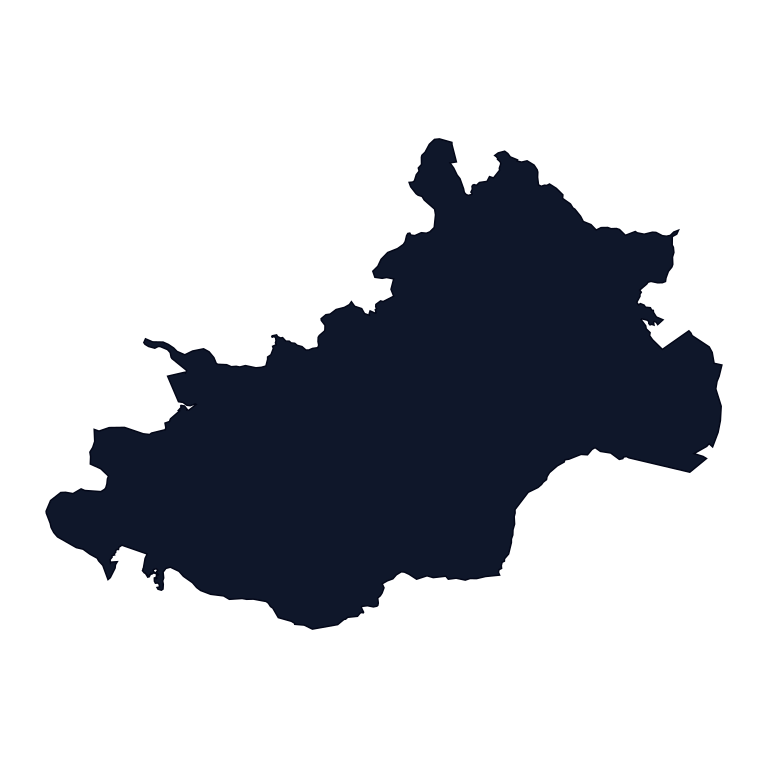 Aschileu, Cluj, Romania
{"feature_id": "2599482B95199395235203", "entity_name": "Aschileu", "entity_type": "district", "adm_level": 2, "iso_a3": "ROU", "parent_name": "Romania", "parent_adm1": "Cluj", "projection": "albers", "projection_center": [23.469, 46.985], "detail": "fine", "context": "isolated", "style": "filled", "palette": "ink", "viewbox_px": 768, "rotation_deg": 0, "n_neighbors": 0, "source": "geoboundaries", "source_scale": "gbopen_adm2", "svg_char_len": 6108}
<svg xmlns="http://www.w3.org/2000/svg" viewBox="0 0 768 768"><path d="M499.6,575.1L498.4,572.2L499.0,569.7L501.6,568.4L501.3,565.6L502.1,562.3L504.4,561.2L504.5,558.8L508.6,554.0L511.4,542.5L511.4,539.0L512.8,535.0L513.0,529.7L514.6,524.1L514.2,516.6L515.1,513.1L515.0,509.6L528.2,492.3L538.0,487.5L541.6,484.4L543.1,482.3L546.5,479.6L547.0,476.7L549.5,472.6L557.4,465.8L564.2,462.0L564.7,460.2L565.4,459.7L568.9,459.2L581.0,454.4L587.5,454.8L592.0,449.4L595.1,447.6L600.4,451.4L610.7,453.0L619.3,459.4L622.8,458.6L623.5,457.1L626.4,456.5L628.9,457.8L689.8,472.2L706.5,458.5L703.0,456.4L694.0,453.6L706.7,446.4L709.1,443.7L712.6,446.9L718.1,432.3L720.4,420.6L721.2,406.2L715.8,388.9L717.0,381.5L719.1,376.3L721.9,365.0L714.1,363.3L712.2,352.4L709.2,346.9L692.1,335.6L690.9,333.0L688.9,330.8L662.4,349.4L652.6,339.8L649.6,335.6L650.1,332.6L646.2,328.8L645.7,325.8L641.1,319.6L641.7,318.8L647.0,320.1L648.7,321.4L648.8,323.5L650.0,324.9L651.7,324.3L654.0,325.1L653.5,322.2L654.3,321.4L656.3,322.3L657.7,324.6L663.0,319.8L656.4,317.0L653.5,312.4L653.3,310.4L651.6,310.1L650.4,307.7L645.5,307.2L644.1,305.1L640.4,303.6L638.5,304.9L636.8,302.3L640.0,296.3L639.9,294.4L641.3,292.2L639.7,290.1L646.8,284.0L648.0,282.2L651.0,281.4L657.6,282.8L662.4,282.7L665.5,281.5L666.0,278.0L668.4,271.4L671.9,267.0L672.8,264.4L672.5,257.1L673.9,252.5L673.4,247.3L672.2,245.0L672.3,236.6L676.7,234.2L678.5,230.2L673.8,232.0L670.3,235.4L666.5,236.2L662.4,235.7L656.0,232.4L652.4,232.2L644.2,234.2L637.2,232.8L635.3,231.5L625.4,235.3L619.5,229.5L616.4,228.5L611.0,228.7L607.8,227.5L601.1,227.6L596.2,230.0L591.0,224.6L583.3,221.5L580.6,216.3L574.9,209.2L572.9,207.9L570.5,204.0L562.6,198.4L562.9,194.8L556.3,188.3L549.5,184.0L546.9,185.4L544.4,185.2L541.2,186.3L538.5,184.8L537.6,177.2L537.8,172.1L537.2,169.8L534.1,165.1L527.1,160.8L521.6,162.1L517.2,161.1L517.6,159.9L510.3,156.9L507.8,153.5L504.7,151.2L498.2,152.9L494.7,155.5L496.4,156.7L497.9,158.7L497.5,159.3L500.1,161.7L500.8,163.7L499.3,168.2L499.6,170.2L493.5,177.9L489.5,176.6L487.0,181.4L479.4,182.5L476.5,185.3L474.1,184.6L472.8,185.1L472.0,186.3L472.3,189.2L470.9,192.1L472.0,193.5L471.9,194.4L468.2,195.4L465.9,194.3L464.3,192.4L463.6,188.8L460.0,178.7L457.1,175.0L453.7,168.0L450.0,162.9L456.4,161.9L452.0,144.7L451.9,142.4L439.5,138.9L434.5,139.4L429.3,144.3L425.1,152.2L421.9,155.3L421.4,157.2L421.5,164.5L418.3,168.0L419.1,171.1L416.3,174.7L414.4,180.9L412.6,182.1L409.1,182.4L410.7,186.8L416.1,193.7L418.1,195.2L422.0,196.4L424.3,200.1L434.6,209.1L435.5,214.8L434.2,227.5L429.9,231.8L426.4,233.2L421.3,232.7L414.8,235.6L410.9,235.1L409.8,233.1L407.8,233.5L406.6,235.6L405.2,241.5L403.4,244.4L397.5,248.6L387.7,252.5L381.1,259.3L377.8,266.3L372.8,271.2L374.9,277.3L382.2,278.3L386.6,277.5L393.7,278.9L391.0,289.3L393.7,296.2L383.1,301.6L380.6,300.9L375.9,304.4L375.7,306.8L376.7,308.7L375.3,309.6L376.0,312.8L375.0,313.1L370.1,310.9L369.2,313.6L369.4,315.3L364.5,313.6L361.7,308.6L354.7,306.3L351.4,301.7L349.4,304.6L344.4,307.4L336.1,309.5L330.1,314.1L325.9,314.7L321.1,318.7L321.3,320.4L325.0,325.3L324.9,329.6L324.5,331.0L319.3,335.5L318.2,337.3L318.0,341.6L318.7,345.2L317.7,347.7L312.6,348.4L308.8,350.0L305.9,350.0L302.0,346.6L297.2,345.3L294.8,343.3L291.1,342.9L289.3,341.2L285.8,341.1L282.6,337.6L280.6,338.0L277.6,336.6L276.6,334.9L272.2,335.8L271.8,336.5L272.2,337.2L274.2,336.5L275.6,337.8L276.0,340.9L275.4,342.8L276.2,344.7L272.6,346.3L273.3,348.5L270.9,354.8L267.6,357.0L267.6,359.4L265.9,366.0L261.4,367.3L255.9,367.8L245.4,365.6L239.8,367.0L236.2,366.3L231.3,366.7L226.7,364.7L217.7,364.3L216.2,363.3L213.9,357.6L209.1,351.8L203.6,348.8L192.6,351.0L184.8,354.8L177.0,351.4L173.7,348.0L168.3,344.4L163.1,342.1L152.7,341.9L145.5,338.8L143.8,342.6L145.0,344.3L148.6,346.5L154.8,348.2L158.1,346.5L160.1,346.5L167.5,349.6L170.2,352.6L171.1,357.2L172.0,358.6L186.7,370.5L185.4,373.1L184.5,372.3L167.6,376.2L178.5,401.7L183.0,402.4L186.9,405.3L190.3,405.7L195.4,403.8L196.3,404.4L188.7,410.3L186.1,409.9L187.3,409.6L184.5,406.0L181.1,405.4L180.7,405.9L181.2,407.3L178.3,410.5L179.5,411.0L170.5,418.8L169.5,421.5L165.0,423.1L165.8,427.5L165.3,429.7L151.4,433.1L149.7,434.5L143.3,433.8L124.5,427.4L109.2,427.6L99.0,431.1L94.2,429.4L94.7,441.4L92.7,447.5L89.9,452.1L90.6,456.6L90.3,464.0L100.7,468.7L108.5,476.1L107.4,478.9L106.9,483.9L105.8,487.7L104.6,489.3L100.9,491.6L84.8,490.5L81.1,488.9L73.0,493.6L65.6,492.3L60.8,492.5L50.6,500.5L46.1,511.2L46.3,513.2L50.2,523.3L51.1,527.5L53.8,532.6L57.5,536.9L76.3,547.6L83.1,549.2L89.8,554.1L97.2,558.2L98.6,560.8L102.8,565.4L108.0,579.6L110.3,577.6L115.1,568.1L115.5,564.7L117.3,561.7L111.4,562.1L110.5,563.1L110.1,559.6L112.1,557.2L111.9,555.7L114.6,554.9L114.1,553.9L115.7,552.3L115.7,550.5L117.1,549.4L118.5,549.5L118.8,547.3L121.9,545.2L147.2,554.0L145.1,558.3L143.4,568.1L142.8,569.2L143.1,570.1L142.5,570.7L144.4,573.0L145.0,572.7L148.1,577.7L147.8,575.5L149.1,576.7L149.9,575.6L149.7,574.7L151.0,574.3L151.1,573.4L152.1,573.9L153.8,572.8L155.4,573.5L155.5,572.8L153.4,571.5L153.3,569.6L156.2,568.7L157.6,569.9L157.8,570.7L156.6,571.4L156.5,572.4L158.0,574.1L156.7,574.1L157.4,575.1L156.6,575.0L156.2,576.5L156.9,578.2L156.2,578.7L155.1,577.7L154.3,578.0L154.4,581.2L155.4,583.2L157.9,583.0L159.2,584.4L159.5,587.0L157.0,587.5L158.0,589.2L161.4,590.2L163.0,589.1L163.3,584.3L162.7,580.9L163.7,578.0L163.1,572.1L165.9,568.4L170.4,567.2L179.0,571.3L183.4,576.3L192.5,582.7L196.6,587.5L200.6,590.5L210.6,594.3L223.6,595.9L229.3,599.3L242.1,598.5L246.7,599.3L253.3,599.1L266.2,601.5L268.4,603.2L270.5,606.5L272.8,608.1L278.3,617.6L291.4,621.3L294.6,623.3L294.7,624.3L304.2,625.1L312.4,629.1L337.7,624.6L344.0,619.4L345.6,619.2L347.7,617.3L357.5,616.3L360.1,613.1L361.9,612.4L363.1,612.9L363.6,612.2L361.4,607.7L361.8,606.4L367.4,605.7L373.4,606.9L376.8,606.2L377.8,605.4L378.3,603.1L377.7,598.0L380.3,595.8L382.1,593.0L384.0,587.8L382.2,583.8L387.4,580.8L392.9,578.8L396.4,574.8L401.3,571.8L404.4,572.1L409.1,574.3L416.6,579.2L427.0,575.8L433.2,577.6L445.8,576.2L448.3,579.2L456.2,578.2L465.3,580.1L470.1,578.5L476.6,578.6L485.5,576.5L499.6,575.1Z" fill="#0f172a" stroke="#020617" stroke-width="1.5"/></svg>